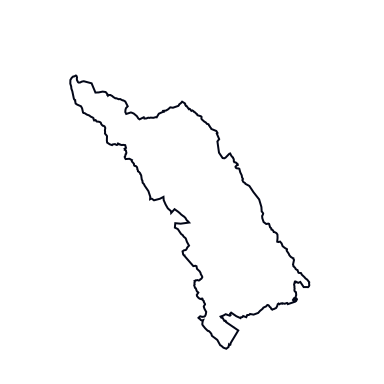 the district of Musatesti, Arges, Romania, rotated 334°
{"feature_id": "2599482B8731048337259", "entity_name": "Musatesti", "entity_type": "district", "adm_level": 2, "iso_a3": "ROU", "parent_name": "Romania", "parent_adm1": "Arges", "projection": "albers", "projection_center": [24.756, 45.196], "detail": "fine", "context": "isolated", "style": "outline", "palette": "ink", "viewbox_px": 384, "rotation_deg": 334, "n_neighbors": 0, "source": "geoboundaries", "source_scale": "gbopen_adm2", "svg_char_len": 6083}
<svg xmlns="http://www.w3.org/2000/svg" viewBox="0 0 384 384"><g transform="rotate(334 192 192)"><path d="M141.9,308.1L143.1,308.4L143.8,310.9L144.5,311.8L145.9,312.0L144.8,313.0L143.3,315.3L143.2,316.4L144.1,320.3L145.3,323.7L146.1,324.2L146.9,326.3L147.2,328.3L147.0,328.9L146.9,330.1L149.9,336.0L150.2,342.1L150.9,343.0L152.0,345.7L154.1,347.9L156.9,347.3L158.4,345.3L158.7,346.1L159.5,346.1L160.7,344.6L172.9,336.7L165.6,323.9L165.9,323.5L165.7,322.4L164.6,322.1L164.3,318.2L163.3,317.9L163.1,316.5L166.0,316.8L168.7,316.6L171.8,319.8L172.7,319.6L172.9,318.1L174.3,317.6L177.4,323.1L180.3,326.6L180.9,326.1L182.5,326.5L183.6,325.9L185.9,328.3L187.7,326.8L189.1,327.4L190.3,327.4L190.7,327.1L193.6,329.2L198.5,329.7L200.9,328.7L204.3,327.9L205.5,327.2L208.4,327.3L210.2,326.6L211.1,327.3L211.4,328.3L211.5,329.4L212.0,330.2L212.1,332.2L212.6,332.9L213.0,332.7L214.1,333.1L216.8,333.1L218.4,332.0L219.9,330.4L220.9,330.2L221.4,331.2L222.8,331.1L224.2,331.5L224.2,332.0L224.9,332.0L226.4,333.1L228.8,333.4L229.0,333.7L229.0,334.8L236.6,335.8L237.8,335.6L239.3,334.4L239.2,333.7L235.5,333.7L235.4,333.3L237.2,332.2L238.6,332.3L240.5,330.3L241.5,327.6L240.8,326.4L241.0,325.1L242.0,323.6L242.1,322.9L242.7,321.8L243.2,319.9L245.2,317.6L245.6,317.7L245.8,318.7L246.4,318.5L247.6,320.2L249.9,320.3L250.7,326.4L254.7,328.4L255.7,328.0L256.5,327.3L257.3,325.1L257.8,324.5L257.1,321.2L256.1,319.4L255.8,318.0L254.4,314.3L254.5,312.8L253.8,312.2L252.6,311.6L252.3,311.1L252.6,308.4L252.1,307.9L251.4,306.7L251.5,306.0L251.3,304.9L250.6,303.2L251.0,302.4L250.9,301.6L253.9,297.8L253.8,296.9L254.1,296.0L253.6,295.6L252.4,293.7L251.8,291.6L251.9,289.9L251.4,286.5L251.6,285.7L252.2,285.3L252.3,285.0L251.0,283.1L249.7,280.4L250.0,277.5L249.4,275.2L247.6,274.8L246.8,274.0L248.8,270.7L250.1,267.8L250.1,267.2L249.8,265.8L248.6,264.2L247.9,263.8L248.0,262.6L247.8,261.6L246.9,260.5L247.3,259.7L247.2,259.0L246.7,258.0L247.3,254.5L246.8,253.9L244.7,253.3L243.2,250.4L243.7,246.4L244.5,244.3L245.8,243.4L246.6,242.4L246.3,240.5L246.1,240.1L247.8,235.9L249.1,228.1L247.2,219.2L246.2,211.7L243.6,208.1L243.6,207.3L242.5,205.4L242.5,203.4L243.1,202.7L243.5,202.6L243.4,200.7L244.0,198.8L244.0,195.5L244.7,191.9L244.3,191.3L242.8,190.5L242.1,189.6L242.0,189.1L242.2,188.3L243.7,187.7L245.0,187.8L245.2,187.2L245.2,186.6L244.8,186.3L244.6,185.1L243.9,184.5L243.5,183.8L243.1,183.7L243.1,182.5L243.4,182.1L243.9,180.8L243.8,179.5L244.0,179.0L243.7,178.6L243.2,176.6L243.2,174.1L242.3,174.0L237.3,175.8L235.9,175.9L234.4,174.9L233.5,168.5L237.0,157.7L239.6,156.4L239.9,150.3L240.8,150.1L240.6,147.8L237.0,143.8L237.0,142.6L236.7,141.6L236.8,140.8L236.4,139.6L236.6,138.7L236.3,138.1L235.3,137.3L234.9,135.6L233.9,134.1L232.6,130.9L232.7,130.0L233.5,128.7L233.2,127.8L230.6,125.4L230.6,124.1L230.3,123.8L229.6,121.7L228.8,120.6L228.8,120.0L228.0,118.8L227.0,118.8L226.5,116.5L226.1,116.0L225.5,116.1L224.8,112.2L224.3,112.0L224.3,111.2L224.1,110.5L224.5,109.8L224.4,109.1L222.7,106.5L221.1,107.2L218.8,107.7L218.5,108.1L217.5,108.6L211.8,107.9L209.6,106.4L206.8,107.2L204.3,107.4L201.8,106.5L201.8,107.5L200.2,107.2L196.5,107.1L193.0,109.4L192.5,108.9L189.8,108.4L187.4,107.0L186.1,106.7L185.2,106.0L183.4,105.9L181.4,105.1L181.4,103.7L176.7,103.7L176.0,102.4L175.7,99.7L174.5,97.0L174.0,95.9L172.4,94.1L171.9,93.7L167.1,93.0L167.1,90.9L168.2,89.0L169.4,87.7L171.8,86.8L171.7,81.4L170.5,79.6L169.8,79.2L168.1,76.9L166.8,76.5L165.1,74.6L164.2,74.2L162.9,72.1L162.4,70.8L161.1,69.0L159.7,68.4L158.8,68.6L159.0,67.7L158.8,67.1L158.6,67.1L158.8,66.6L158.2,64.3L155.7,62.6L151.8,61.6L148.8,60.3L149.4,50.3L143.3,45.0L141.5,44.5L139.3,44.5L138.0,43.9L137.7,43.2L137.7,40.8L138.3,39.4L138.8,38.8L139.1,37.3L138.7,36.4L136.8,36.5L135.9,36.1L134.0,36.6L131.8,38.0L130.1,41.3L129.7,44.1L128.9,46.2L128.6,49.0L126.8,56.0L126.7,57.2L127.2,57.9L127.3,58.3L126.8,58.9L126.7,60.0L126.4,60.5L126.2,61.5L127.1,63.1L129.8,66.3L129.9,68.6L128.9,72.8L129.1,73.4L130.1,74.1L131.4,76.3L133.3,78.3L133.9,79.7L135.5,81.7L135.8,82.6L135.4,83.7L135.4,84.8L136.9,85.1L137.1,86.5L137.3,86.9L139.1,88.0L140.2,89.2L140.4,89.8L140.2,91.2L140.5,92.5L140.9,93.4L141.6,93.8L142.2,94.8L142.1,96.5L140.8,98.3L140.2,100.0L139.4,101.3L140.1,104.1L140.0,104.7L138.0,108.5L137.4,110.4L139.0,113.1L140.7,114.8L141.5,114.5L143.3,115.0L144.0,115.4L144.6,116.4L145.1,116.8L146.4,116.8L146.7,116.0L146.9,116.1L147.4,116.9L148.0,117.4L148.0,117.8L149.6,119.1L150.7,119.4L152.5,120.6L152.0,123.4L150.4,123.6L150.5,124.4L150.1,124.7L150.8,125.6L150.2,128.0L149.4,128.9L148.9,128.9L147.5,130.7L147.0,130.8L146.7,131.6L146.8,133.3L150.3,134.7L152.0,137.0L151.5,137.4L151.4,138.4L152.2,141.1L151.7,142.2L151.8,143.3L152.8,143.9L153.4,145.4L153.2,146.9L152.8,147.6L152.9,148.8L152.5,149.7L153.2,150.9L153.6,152.3L153.4,153.1L153.6,153.3L153.6,154.8L152.3,158.8L152.4,160.0L151.7,162.0L152.3,164.0L152.2,165.4L153.2,172.1L152.4,178.0L151.2,180.1L152.5,180.1L153.0,180.5L154.2,182.8L160.1,184.0L164.2,183.9L163.0,186.9L162.8,191.7L163.1,196.1L164.7,200.0L164.1,201.7L168.8,199.8L170.9,203.7L172.0,206.2L172.2,207.1L173.5,209.7L173.8,210.0L174.7,212.3L174.9,215.2L175.6,216.7L176.0,218.2L167.9,215.5L163.3,212.7L161.0,216.5L163.0,219.1L163.8,224.9L164.9,227.1L164.8,228.0L165.2,229.1L165.9,230.5L166.0,231.2L165.6,234.5L165.8,238.9L163.4,239.8L162.3,240.8L160.9,241.4L159.3,240.9L157.5,241.2L156.7,244.3L156.9,245.3L157.5,245.7L157.3,246.4L160.7,259.2L162.7,259.8L163.5,260.7L162.8,263.2L164.1,266.7L164.2,268.6L163.9,269.6L164.1,272.4L163.8,273.2L162.3,274.1L161.2,274.1L160.5,274.5L159.4,274.6L158.2,273.5L157.1,273.3L156.7,273.0L155.3,273.1L155.4,273.5L155.1,274.1L154.5,274.5L154.1,275.3L153.9,276.2L153.1,276.7L152.7,279.5L153.2,280.3L152.9,282.6L152.9,283.7L153.4,284.5L153.6,285.2L151.2,286.6L150.9,287.7L151.3,289.6L152.0,291.1L152.6,291.7L153.5,292.0L153.2,292.2L153.4,292.4L154.0,292.2L154.6,293.0L154.3,293.6L154.4,294.3L154.8,295.3L154.4,296.2L154.6,298.2L154.4,298.8L153.2,299.4L152.3,300.2L152.0,302.6L152.2,306.0L150.6,308.2L149.3,309.2L148.5,309.4L146.4,308.7L144.9,307.3L141.9,308.1Z" fill="none" stroke="#020617" stroke-width="2"/></g></svg>